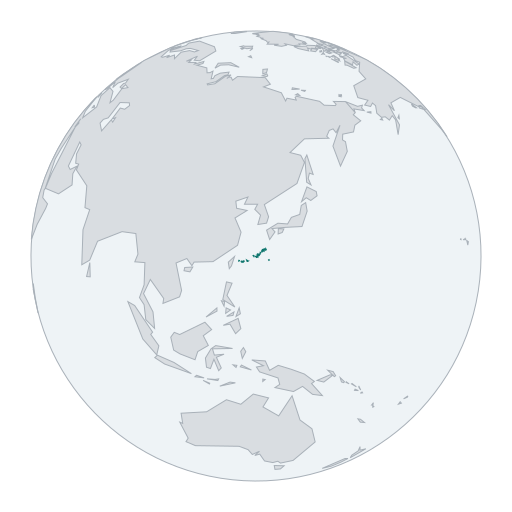 Okinawa on an orthographic globe, rotated 9°
{"feature_id": "JPN-3502", "entity_name": "Okinawa", "entity_type": "Prefecture", "adm_level": 1, "iso_a3": "JPN", "parent_name": "Japan", "parent_adm1": "", "projection": "orthographic", "projection_center": [127.452, 26.383], "detail": "fine", "context": "on_globe", "style": "filled", "palette": "teal", "viewbox_px": 512, "rotation_deg": 9, "n_neighbors": 0, "source": "natural_earth", "source_scale": "10m", "svg_char_len": 13313}
<svg xmlns="http://www.w3.org/2000/svg" viewBox="0 0 512 512"><g transform="rotate(9 256 256)"><circle cx="256" cy="256" r="225" fill="#eef3f6" stroke="#a8b0b8"/><path d="M427.9,370.4L427.7,371.6L427.4,371.9L427.9,370.4ZM426.1,108.3L419.2,101.7L399.0,85.1L400.2,84.9L395.1,81.5L393.3,81.9L393.4,83.1L373.7,76.8L365.3,83.6L370.0,90.9L363.2,85.8L377.2,104.0L377.4,113.9L372.6,99.7L368.6,96.1L366.5,100.9L361.9,98.3L358.2,99.4L353.0,96.1L350.6,88.8L347.1,86.7L345.8,90.4L339.7,89.9L342.2,84.7L331.8,83.6L325.9,72.5L336.7,63.9L328.9,57.5L328.1,48.4L323.7,47.5L320.6,44.3L314.3,42.3L315.9,41.8L309.5,40.8L309.2,41.7L306.3,41.7L302.6,40.8L304.0,39.8L306.1,40.1L304.6,39.3L306.9,39.3L303.6,38.8L305.8,38.1L298.2,37.6L295.3,36.1L298.3,36.0L305.1,37.5L328.9,43.3L334.0,44.8L334.3,44.8L349.2,50.9L363.6,58.1L377.5,66.3L390.8,75.5L403.3,85.6L415.1,96.5L426.1,108.3ZM302.1,35.5L301.2,35.3L293.8,33.9L292.5,33.7L302.1,35.5ZM463.5,212.1L461.7,207.7L463.5,208.6L463.5,212.1ZM460.0,206.3L460.8,207.5L460.0,206.8L460.0,206.3ZM459.1,206.6L459.8,206.4L459.2,207.2L459.1,206.6ZM458.2,207.7L458.6,206.9L458.6,207.2L458.2,207.7ZM456.0,207.8L455.4,207.7L455.6,206.5L456.0,207.8ZM394.1,84.2L393.8,82.3L397.1,83.2L397.9,84.9L394.1,84.2ZM387.1,83.5L385.7,81.5L391.4,84.5L390.5,84.7L387.1,83.5ZM374.5,97.2L375.1,94.6L376.1,98.1L374.5,97.2ZM358.7,100.2L359.9,101.9L357.5,101.8L358.7,100.2ZM305.3,36.2L303.3,35.8L304.8,36.1L305.3,36.2ZM306.3,36.6L309.4,37.3L310.4,37.6L308.4,37.1L306.3,36.6ZM347.2,96.9L342.9,96.5L346.9,95.5L347.2,96.9ZM302.1,35.7L311.6,38.0L313.1,38.6L306.9,37.6L302.1,35.7ZM340.1,95.5L329.7,95.4L331.6,98.9L320.2,89.5L332.9,92.3L337.5,90.4L337.1,93.2L340.1,95.5ZM310.7,42.4L310.9,41.4L314.2,43.2L310.7,42.4ZM313.6,43.6L327.9,50.3L325.8,51.8L321.5,49.0L321.5,52.1L313.4,49.5L311.6,47.2L314.5,46.7L309.2,46.2L313.6,43.6ZM315.5,84.6L312.7,83.8L315.2,83.3L315.5,84.6ZM305.4,41.8L308.5,42.9L306.9,44.2L300.4,42.4L303.0,42.5L305.4,41.8ZM325.5,54.4L323.2,55.3L316.0,53.3L314.1,53.5L313.1,49.6L325.5,54.4ZM301.5,41.8L297.2,41.5L294.5,40.2L302.3,41.0L301.5,41.8ZM309.2,45.3L308.1,45.9L306.6,45.0L309.2,45.3ZM282.7,36.1L286.5,36.9L286.0,37.6L282.7,36.1ZM295.7,41.6L296.7,42.0L296.9,42.5L293.6,42.1L295.7,41.6ZM308.1,48.7L305.6,47.8L308.1,50.1L302.9,49.1L303.1,46.8L300.8,47.4L299.2,47.1L301.2,45.6L308.1,48.7ZM290.9,43.3L289.4,40.6L282.6,38.7L282.9,38.0L293.8,41.1L290.9,43.3ZM296.8,44.7L293.2,43.6L295.3,43.0L299.1,43.5L296.8,44.7ZM299.2,49.4L307.2,51.5L306.9,52.0L299.2,49.4ZM288.5,42.8L288.9,43.5L287.8,42.7L288.5,42.8ZM295.4,47.4L298.3,48.0L297.9,48.5L295.4,47.4ZM287.3,44.6L286.9,43.6L289.4,43.7L287.3,44.6ZM290.7,45.9L289.4,46.5L290.6,44.4L292.1,46.1L290.7,45.9ZM294.5,47.7L295.2,48.2L293.4,47.4L294.5,47.7ZM277.9,44.9L278.9,42.2L284.5,42.4L282.8,44.9L277.9,44.9ZM72.2,125.7L74.0,123.5L64.8,139.7L63.2,146.6L75.3,133.7L77.9,121.8L85.4,112.6L89.0,115.8L87.8,127.5L90.7,124.4L97.4,111.7L103.2,109.7L100.4,107.2L97.0,111.6L95.3,110.4L98.2,106.4L100.1,105.6L102.2,101.4L92.5,106.9L88.1,112.1L89.8,106.0L82.5,114.3L80.8,115.4L92.5,101.9L96.0,98.7L112.7,82.7L109.2,85.3L93.2,101.0L95.5,98.3L90.6,103.1L96.1,97.4L114.6,80.7L114.9,80.4L139.7,63.1L139.3,63.3L142.2,62.1L139.3,64.6L148.9,60.3L148.7,61.2L143.0,63.3L137.5,66.4L131.2,74.1L132.5,74.4L139.3,71.2L136.7,74.1L144.1,70.2L144.6,73.9L150.2,66.4L158.3,63.5L163.3,64.1L166.9,62.1L158.8,61.2L154.7,62.2L149.5,65.1L139.2,68.0L139.5,66.4L154.1,59.0L156.2,56.3L166.7,52.6L182.2,55.8L184.3,59.8L169.8,72.0L164.4,72.3L166.9,67.8L156.7,74.5L161.3,72.7L159.2,75.4L166.4,74.2L165.2,76.1L174.1,72.0L173.5,74.2L167.8,76.8L178.0,77.9L179.0,82.7L181.8,82.1L184.6,80.1L184.0,88.0L186.1,87.3L187.2,84.3L192.1,81.0L200.6,78.6L199.9,81.5L196.7,82.7L189.1,90.1L180.8,93.6L181.4,94.6L188.4,92.3L197.8,83.2L203.0,81.0L199.4,85.3L201.1,83.6L203.5,83.4L205.3,86.1L209.7,81.6L237.2,78.4L243.3,84.1L237.0,87.8L255.5,90.8L261.0,98.3L261.9,95.3L271.4,95.7L269.8,93.2L271.0,91.9L294.6,93.3L299.7,96.4L310.9,95.0L311.4,93.6L308.3,91.2L320.2,89.5L331.6,98.9L330.0,101.3L338.3,106.1L333.2,111.3L332.9,118.2L322.6,122.1L323.3,127.8L326.5,129.1L329.8,138.4L325.4,154.0L314.8,135.4L318.5,113.7L315.8,121.7L312.2,118.4L308.7,120.5L307.1,126.7L309.5,128.3L285.5,132.7L273.4,148.5L284.4,149.5L289.2,156.0L285.1,178.0L256.2,203.9L262.3,215.3L261.3,221.9L252.9,224.6L254.1,214.9L247.5,210.1L249.5,204.6L236.5,206.7L238.8,199.0L227.5,205.0L229.4,211.9L240.1,212.4L229.3,221.7L237.5,234.8L236.1,248.3L214.4,268.3L195.8,271.7L194.2,275.6L188.1,269.3L178.1,275.4L187.9,301.7L186.9,308.3L171.5,317.4L171.5,312.4L155.3,295.7L150.8,310.7L163.0,327.3L167.2,343.4L157.1,336.1L153.1,321.6L147.4,315.3L150.0,302.0L147.3,279.9L137.2,280.7L139.1,272.6L133.8,252.6L119.9,252.9L97.2,266.2L92.4,286.1L85.3,291.9L81.0,257.1L84.5,236.2L79.5,235.0L77.9,213.1L65.2,199.1L66.5,193.0L63.4,192.6L62.8,183.2L65.9,173.6L64.1,171.0L56.6,196.5L58.9,199.6L65.1,195.3L62.2,203.4L63.2,214.6L51.2,225.5L37.4,222.1L41.2,206.4L57.4,156.7L59.8,153.3L60.1,152.8L60.6,151.8L56.8,156.9L61.4,147.9L47.1,179.5L42.5,191.6L37.1,222.7L36.4,223.9L36.2,231.7L41.9,237.1L40.8,241.9L34.9,259.0L31.5,274.8L30.7,259.0L31.1,243.3L32.5,227.6L35.1,212.0L38.7,196.6L43.4,181.6L49.1,166.9L55.8,152.6L63.6,138.9L72.2,125.7ZM81.2,149.1L83.9,156.6L91.8,144.1L93.5,146.2L95.6,141.4L92.4,143.2L98.8,131.1L103.3,131.6L107.6,127.2L106.9,124.5L97.7,125.7L88.4,142.7L83.9,144.9L81.2,149.1ZM165.0,49.9L160.6,51.9L159.7,52.3L165.0,49.9ZM154.7,54.8L155.1,54.6L168.6,48.7L166.8,49.9L165.5,50.1L163.0,51.5L160.2,52.3L145.3,59.9L142.0,61.7L144.2,60.4L154.7,54.8ZM206.2,36.8L212.0,35.8L200.5,39.5L196.4,40.2L199.9,38.3L206.9,36.5L206.2,36.8ZM289.3,34.2L292.3,34.6L291.9,34.7L289.0,34.5L289.3,34.2ZM284.1,32.5L292.5,34.0L298.4,35.1L290.2,33.7L285.9,33.5L285.8,33.8L290.0,35.7L300.5,38.8L298.0,39.6L293.4,39.5L290.5,38.9L293.0,38.4L287.3,37.9L288.8,36.8L284.5,36.4L275.9,32.9L278.9,33.1L270.3,31.6L274.8,31.6L280.2,32.4L277.2,31.7L283.9,32.5L282.4,32.3L284.1,32.5ZM254.4,30.7L258.2,31.2L253.7,32.1L258.9,32.0L258.3,32.5L254.5,32.4L260.1,33.0L258.6,33.5L261.9,35.7L270.9,36.9L272.4,38.1L268.1,37.9L272.5,39.2L265.4,39.7L266.3,40.6L260.2,42.4L251.4,41.9L253.1,43.1L248.5,44.9L241.0,45.0L245.2,43.3L233.9,45.0L235.3,42.7L233.9,43.1L232.2,41.7L227.6,40.7L229.3,39.8L226.7,39.9L225.5,39.1L222.6,39.0L224.6,37.5L221.3,37.4L224.2,36.8L217.8,37.1L223.4,36.3L222.4,35.7L217.5,36.8L235.4,31.9L237.9,31.4L254.4,30.7ZM276.0,45.2L265.2,44.5L260.7,43.2L273.2,40.8L273.4,39.9L281.3,38.9L287.7,41.1L284.8,41.1L283.6,41.6L282.1,40.7L282.3,41.9L278.4,42.1L277.5,43.1L274.3,42.5L276.0,45.2ZM92.8,100.7L91.8,101.7L90.0,103.7L92.8,100.7ZM142.7,64.0L142.2,64.8L140.5,65.8L138.7,66.4L142.7,64.0ZM207.8,51.6L210.9,50.3L211.9,50.6L219.9,49.3L219.5,51.2L214.5,52.7L207.8,51.6ZM73.2,134.2L71.1,135.1L72.5,132.5L72.9,132.7L73.2,134.2ZM78.3,118.9L75.0,124.2L77.5,119.8L78.3,118.9ZM208.7,53.4L212.1,52.6L209.8,54.1L208.7,53.4ZM219.6,52.5L217.7,54.2L220.4,51.3L219.6,52.5ZM41.3,324.1L41.5,324.1L40.3,318.0L44.2,330.8L49.7,346.5L41.3,324.1ZM223.2,387.1L230.2,388.9L230.0,389.7L223.2,387.1ZM215.9,383.1L223.8,384.5L214.6,384.8L215.9,383.1ZM226.8,385.0L234.9,384.3L238.3,383.2L237.8,385.0L226.8,385.0ZM210.6,382.3L182.7,377.0L171.9,372.2L174.2,369.4L191.7,374.0L210.6,382.3ZM173.4,369.2L157.2,355.7L136.6,321.1L143.9,323.9L165.8,347.4L164.3,349.9L174.1,359.9L173.4,369.2ZM213.4,359.5L212.0,368.0L196.3,364.6L189.4,361.8L184.5,349.5L187.2,344.2L192.9,345.5L215.9,329.4L223.7,335.6L216.4,343.0L222.9,351.8L213.4,359.5ZM92.9,288.5L95.5,302.5L91.9,302.8L92.9,288.5ZM226.1,316.5L216.2,324.1L225.5,313.4L226.1,316.5ZM232.1,305.9L232.3,310.6L228.8,305.6L232.1,305.9ZM193.2,282.0L187.2,281.8L187.4,278.5L195.3,276.8L193.2,282.0ZM234.9,259.8L233.3,269.6L231.6,272.7L229.6,266.4L234.9,259.8ZM209.9,72.2L199.1,71.4L191.1,73.0L186.1,76.9L188.5,71.5L200.9,69.0L209.9,72.2ZM233.9,77.1L238.2,74.4L239.4,76.2L238.6,77.1L233.9,77.1ZM234.2,75.0L233.6,70.6L238.1,69.5L237.7,73.2L234.2,75.0ZM220.7,60.8L217.5,60.3L219.5,59.0L220.7,60.8ZM375.6,442.1L378.5,441.6L372.1,446.3L363.2,451.8L354.6,455.4L375.6,442.1ZM308.1,463.8L306.8,460.1L316.6,458.8L313.4,462.5L308.1,463.8ZM381.8,437.7L387.4,432.5L388.6,428.0L389.1,431.5L394.7,429.2L380.6,440.5L381.8,437.7ZM269.0,446.6L225.8,452.8L215.9,450.3L217.5,446.5L206.7,432.0L209.8,432.8L206.6,423.0L231.6,417.6L249.3,402.6L264.2,404.8L274.9,392.8L290.6,394.2L286.5,404.0L303.4,410.4L313.5,388.4L325.1,411.1L338.3,417.9L343.5,430.4L324.6,452.1L312.6,456.7L309.7,455.3L304.9,457.4L296.5,457.1L290.7,451.1L286.0,453.2L290.0,448.3L283.4,452.6L278.5,448.5L269.0,446.6ZM382.1,400.9L384.7,400.9L389.2,403.5L385.0,403.8L382.1,400.9ZM421.2,377.4L422.6,378.6L419.8,380.1L421.2,377.4ZM427.4,371.9L424.1,374.0L427.9,370.4L427.4,371.9ZM394.6,385.3L396.0,386.3L395.0,387.1L394.6,385.3ZM393.5,385.1L394.9,382.5L394.8,384.8L393.5,385.1ZM380.5,375.2L382.0,373.7L382.7,374.5L380.5,375.2ZM240.6,390.2L250.1,384.6L255.5,384.5L240.6,390.2ZM378.2,372.9L374.3,373.3L374.7,372.0L378.2,372.9ZM378.3,369.9L377.8,368.2L380.4,372.0L378.3,369.9ZM370.8,366.9L375.6,369.5L370.3,367.4L370.8,366.9ZM368.0,367.7L364.6,366.7L364.8,366.1L368.0,367.7ZM330.8,373.3L343.4,383.5L333.5,383.8L322.4,377.5L314.2,384.0L295.3,383.0L299.5,379.1L296.8,373.0L277.7,369.9L273.8,365.6L280.5,363.2L268.1,359.3L281.6,358.2L287.3,366.8L295.1,360.5L308.7,362.4L322.2,365.0L333.3,370.8L330.8,373.3ZM282.0,376.5L284.4,376.6L282.3,378.9L282.0,376.5ZM358.1,362.9L363.0,366.3L362.5,367.4L360.1,367.0L358.1,362.9ZM335.8,369.3L347.7,361.8L350.5,361.7L342.7,369.9L335.8,369.3ZM344.7,357.6L350.3,358.1L353.4,361.8L352.2,362.9L344.7,357.6ZM254.2,367.0L253.7,369.2L250.3,367.1L254.2,367.0ZM258.7,366.0L269.3,369.3L257.8,367.9L258.7,366.0ZM227.5,354.5L230.4,360.4L239.8,358.0L232.7,362.2L239.2,372.0L237.1,375.1L230.6,364.6L228.6,374.3L224.5,373.6L222.0,364.7L226.1,354.7L230.2,350.8L247.3,351.0L227.5,354.5ZM258.5,359.3L255.8,352.5L257.9,348.4L260.9,352.1L258.5,359.3ZM248.0,335.9L241.0,327.4L234.5,329.6L248.1,320.4L252.4,330.1L248.0,335.9ZM242.6,318.3L236.4,320.2L243.0,314.7L242.6,318.3ZM235.0,317.4L234.6,311.9L239.3,313.3L235.0,317.4ZM245.7,318.9L247.5,309.8L249.6,315.5L245.7,318.9ZM233.5,299.5L243.1,309.7L230.0,304.2L230.9,286.2L236.6,286.6L233.5,299.5ZM274.4,230.8L273.8,225.5L279.3,224.9L278.2,228.7L274.4,230.8ZM296.8,219.7L280.6,223.1L267.5,226.4L271.0,229.2L266.9,237.6L262.4,228.8L272.5,220.2L282.2,219.4L284.9,212.3L292.7,208.1L292.8,199.0L296.7,195.5L299.5,203.7L296.8,219.7ZM292.5,195.2L295.5,179.8L305.4,182.9L306.9,187.0L301.4,192.6L296.5,190.6L292.5,195.2ZM299.2,177.2L294.5,175.2L289.1,152.2L290.4,148.3L299.7,166.5L295.8,165.8L295.4,171.2L299.2,177.2ZM312.9,85.4L312.7,83.9L314.7,85.4L312.9,85.4ZM269.9,90.6L271.8,89.1L274.1,90.6L269.9,90.6ZM278.4,85.8L274.5,85.2L278.9,84.7L278.4,85.8ZM265.6,84.2L273.0,84.3L265.5,85.9L265.6,84.2Z" fill="#d9dde1" stroke="#a8b0b8" stroke-width="1"/><path d="M259.1,254.4L259.1,254.5L258.9,254.9L258.8,255.0L258.7,255.0L258.4,255.1L258.4,255.3L258.2,255.4L257.9,255.6L257.7,255.7L257.4,255.8L257.5,255.9L257.5,256.0L257.6,256.3L257.4,256.2L257.3,256.3L257.1,256.6L257.1,256.8L257.3,256.8L257.2,257.0L256.9,257.2L256.7,257.2L256.6,256.8L256.7,256.7L256.8,256.6L256.9,256.4L257.0,256.4L257.0,256.2L256.9,255.9L257.0,255.8L257.2,255.7L257.3,255.7L257.5,255.5L257.7,255.4L257.8,255.3L257.8,255.2L257.7,255.1L257.5,254.9L257.8,254.8L257.9,255.0L258.0,255.0L258.3,254.9L258.3,254.7L258.5,254.6L258.6,254.4L258.8,254.2L259.1,254.3L259.1,254.4ZM263.8,247.8L263.7,247.9L263.6,248.0L263.4,248.1L263.3,248.3L263.2,248.3L263.1,248.5L263.0,248.4L262.9,248.4L262.9,248.5L263.0,248.7L262.8,248.9L262.8,249.0L262.7,249.0L262.7,248.9L262.6,249.0L262.4,248.9L262.3,248.7L262.3,248.8L262.2,248.8L262.1,248.7L261.9,248.7L262.0,248.6L262.3,248.6L262.2,248.5L262.1,248.4L262.3,248.3L262.5,248.2L262.8,248.0L263.0,248.0L263.0,247.9L263.0,248.0L263.2,247.9L263.3,247.8L263.5,247.7L263.5,247.8L263.7,247.7L263.8,247.6L263.8,247.8ZM243.0,263.6L243.3,263.7L243.4,263.8L243.3,264.0L243.2,264.2L242.7,264.1L242.5,263.9L242.8,263.7L243.0,263.6ZM261.3,250.4L261.5,250.5L261.4,250.7L261.4,250.8L261.2,250.9L261.1,250.7L261.0,250.3L261.0,250.2L261.3,250.0L261.3,250.3L261.3,250.4ZM244.8,262.9L244.9,263.0L244.6,263.3L244.6,263.5L244.5,263.8L244.4,263.9L244.1,263.9L244.2,263.7L243.9,263.5L244.0,263.5L244.1,263.4L244.2,263.5L244.3,263.5L244.4,263.4L244.5,263.3L244.6,263.2L244.8,262.9L244.8,262.9ZM248.6,262.2L248.7,262.3L248.8,262.3L248.6,262.5L248.3,262.5L248.2,262.4L248.2,262.1L248.2,261.9L248.3,261.9L248.4,262.1L248.5,262.2L248.6,262.2ZM260.4,251.8L260.2,251.9L260.1,252.0L259.9,252.2L259.8,251.9L260.0,251.9L260.4,251.8ZM262.4,249.1L262.5,249.1L262.6,249.3L262.4,249.2L262.4,249.3L262.3,249.2L262.2,249.2L262.0,248.9L262.3,248.9L262.2,249.0L262.3,249.1L262.4,249.1ZM253.7,256.1L253.7,256.3L253.6,256.2L253.4,256.1L253.5,256.0L253.7,256.1ZM264.9,248.1L264.9,248.3L264.7,248.4L264.7,248.2L264.9,248.1L264.9,248.1ZM248.0,262.0L247.9,262.1L247.8,261.9L248.0,262.0ZM269.4,257.8L269.5,257.9L269.4,258.0L269.3,257.9L269.4,257.8ZM240.1,263.2L240.1,263.3L239.9,263.4L239.9,263.2L240.0,263.2L240.1,263.2ZM259.5,253.4L259.5,253.5L259.4,253.5L259.4,253.4L259.5,253.3L259.5,253.4ZM257.9,253.2L257.9,253.3L257.8,253.5L257.7,253.5L257.9,253.3L257.9,253.2ZM257.3,254.6L257.2,254.7L257.3,254.6ZM255.7,256.7L255.7,256.9L255.6,256.7L255.7,256.7ZM255.2,255.2L255.3,255.2L255.2,255.2L255.2,255.2Z" fill="#14b8a6" stroke="#0f766e" stroke-width="1.5"/></g></svg>